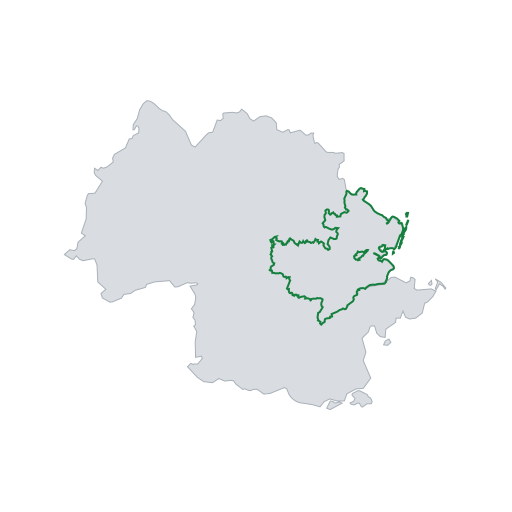 where Niedersachsen sits in Germany, rotated 117°
{"feature_id": "DEU-1576", "entity_name": "Niedersachsen", "entity_type": "State", "adm_level": 1, "iso_a3": "DEU", "parent_name": "Germany", "parent_adm1": "", "projection": "albers", "projection_center": [9.302, 52.591], "detail": "fine", "context": "in_parent", "style": "outline", "palette": "green", "viewbox_px": 512, "rotation_deg": 117, "n_neighbors": 0, "source": "natural_earth", "source_scale": "10m", "svg_char_len": 9789}
<svg xmlns="http://www.w3.org/2000/svg" viewBox="0 0 512 512"><g transform="rotate(117 256 256)"><path d="M229.8,428.3L218.9,421.4L209.3,422.1L207.7,419.8L204.4,420.0L199.5,416.4L195.1,418.4L194.0,420.4L194.3,421.6L198.8,421.8L199.4,422.9L194.8,425.0L187.4,424.2L178.7,426.0L171.4,425.6L167.2,423.8L166.1,420.6L166.5,415.9L168.4,409.7L169.0,405.2L168.3,402.2L169.4,397.9L172.4,392.1L176.9,375.4L186.6,363.8L186.5,359.7L170.3,355.2L167.6,354.0L165.4,350.8L152.5,352.3L151.5,349.1L148.2,347.7L144.5,350.1L143.3,349.7L138.6,342.1L137.5,338.5L135.2,336.1L131.7,335.5L133.1,328.6L136.5,323.6L136.8,319.4L129.9,315.6L126.5,310.6L125.8,304.9L128.1,298.5L134.0,294.8L133.6,288.4L128.8,284.8L128.6,283.7L130.7,281.4L123.8,273.8L125.7,266.6L124.6,264.4L121.3,262.6L120.3,260.4L122.8,260.0L128.7,255.2L128.9,254.4L127.3,253.6L127.2,251.6L131.3,241.0L131.2,239.2L128.5,233.9L128.5,232.0L124.7,226.0L124.7,224.1L131.3,220.7L136.7,223.5L138.8,222.0L141.5,222.3L148.1,219.9L150.0,216.7L147.5,214.0L147.9,211.9L155.4,206.2L156.7,203.4L157.3,198.0L156.4,196.1L155.5,194.9L149.2,193.8L147.7,190.6L148.4,186.5L149.5,185.7L157.1,186.0L160.4,174.1L162.3,170.4L163.3,155.5L159.3,151.0L161.1,142.5L164.0,137.9L166.3,136.7L175.9,136.2L186.5,136.8L190.9,143.8L189.1,147.3L191.7,149.1L193.0,148.5L194.7,141.9L195.6,140.9L200.0,145.3L200.0,151.0L201.3,143.3L200.4,137.9L201.1,132.7L203.7,128.3L211.5,130.2L220.0,129.3L223.3,131.3L230.7,141.3L236.3,143.5L232.0,141.3L223.0,129.1L213.7,125.9L211.7,122.4L211.8,110.1L208.3,107.6L204.6,108.4L204.1,105.6L204.7,103.6L213.1,100.3L213.3,97.0L205.8,85.0L205.6,79.7L211.9,80.0L219.6,82.5L221.4,84.3L231.3,82.0L238.8,85.5L242.4,90.5L242.7,94.9L238.3,100.1L245.8,99.2L247.8,103.0L251.8,101.5L262.2,107.1L269.9,104.0L271.4,108.6L270.0,113.3L264.6,118.5L265.9,121.5L267.6,122.2L272.8,121.4L281.1,124.2L291.8,114.4L300.5,113.0L312.7,98.3L325.3,100.4L328.8,106.3L337.5,112.5L345.1,111.5L348.2,117.6L349.9,125.4L354.6,129.1L361.3,130.5L362.9,138.6L367.1,151.2L367.3,155.2L366.4,159.7L364.5,163.6L360.4,168.3L360.3,170.9L372.1,181.1L375.5,186.4L374.2,194.5L376.3,198.2L378.2,199.4L379.1,201.3L379.4,205.9L380.9,207.2L379.3,215.7L377.4,219.3L378.3,222.1L381.6,227.0L382.1,233.5L388.6,237.2L391.7,245.6L390.7,253.2L385.8,266.7L381.2,265.3L381.2,262.5L380.4,262.3L378.7,258.9L371.8,257.3L370.0,259.1L373.7,263.8L360.1,271.2L350.1,274.5L346.8,279.6L344.9,278.7L340.9,281.1L339.4,284.3L334.5,285.5L332.4,289.6L327.0,288.7L320.6,290.7L317.8,292.9L312.8,301.1L308.3,295.2L307.2,295.2L307.0,297.2L309.8,301.5L310.9,305.1L318.8,311.5L320.5,314.3L317.2,321.8L325.1,334.6L331.0,340.6L334.2,340.3L341.5,348.1L346.3,350.7L350.1,356.2L354.7,356.8L362.0,363.1L363.5,365.3L363.1,373.8L359.9,377.1L353.8,374.7L350.9,385.2L336.3,393.5L332.1,398.2L332.2,399.7L338.8,408.1L339.0,412.0L337.4,416.2L341.8,417.0L342.5,419.0L341.7,427.4L335.0,424.8L333.6,420.2L330.8,419.0L324.4,420.8L315.5,417.3L314.9,422.0L300.0,424.2L289.7,429.1L286.8,432.1L278.6,433.8L276.6,433.6L273.1,428.0L259.1,426.8L257.0,435.5L255.2,438.0L251.1,439.7L251.6,435.7L247.3,434.4L247.0,431.7L244.2,429.1L237.0,425.9L233.9,428.2L229.8,428.3ZM344.0,100.7L344.9,103.8L344.3,105.5L341.0,103.0L337.9,103.2L336.3,107.4L334.9,107.7L329.9,104.2L329.0,102.4L329.0,93.9L330.4,92.0L330.5,89.4L333.0,86.4L335.3,86.2L337.4,90.1L342.1,92.4L342.5,93.5L340.3,97.0L341.0,98.8L344.0,100.7ZM359.2,120.2L359.5,123.9L351.5,124.0L350.7,121.3L351.0,118.5L348.2,115.7L348.0,112.5L359.2,120.2ZM196.7,82.2L195.0,86.0L195.4,79.4L198.4,72.3L199.7,72.5L198.0,75.7L197.6,79.8L204.4,80.2L203.6,81.5L196.7,82.2ZM277.2,102.0L273.0,102.2L269.7,99.9L271.7,96.6L275.8,98.1L277.2,102.0ZM203.2,88.7L202.1,89.8L198.1,88.6L201.1,86.4L202.8,87.0L203.2,88.7Z" fill="#d9dde1" stroke="#a8b0b8" stroke-width="1"/><path d="M159.1,176.3L161.8,172.0L162.4,170.4L162.8,167.3L162.7,163.9L162.3,162.3L163.1,160.1L163.1,157.3L164.3,156.0L164.4,155.4L164.2,154.9L164.9,153.8L166.0,153.6L168.1,154.7L167.4,153.7L166.3,153.2L159.9,152.8L158.9,152.3L158.5,150.9L158.6,147.4L159.5,144.5L159.7,144.1L161.4,144.4L162.0,143.4L161.8,142.5L160.6,141.7L160.6,141.0L161.0,140.5L164.6,137.4L166.8,136.6L171.1,136.2L171.7,136.8L172.4,137.0L185.0,135.3L187.2,135.9L187.0,137.6L187.7,139.3L188.9,140.9L189.8,141.5L189.5,142.4L190.6,142.8L190.9,143.3L190.5,144.6L189.4,145.3L187.8,145.7L188.5,147.9L188.9,148.3L189.6,148.0L190.4,148.2L191.8,150.1L192.7,150.3L193.4,150.0L194.3,148.7L195.0,147.1L195.1,145.5L194.3,144.5L192.6,144.7L193.2,141.6L193.8,140.6L195.5,140.3L196.0,140.6L197.1,142.3L201.7,143.9L201.7,144.3L200.4,145.6L199.9,146.6L199.7,150.6L199.9,151.8L200.2,152.7L200.1,147.2L200.5,146.1L201.8,145.0L202.2,145.9L203.1,146.4L204.1,145.2L204.2,144.5L203.6,141.9L203.9,141.1L202.0,141.0L200.6,140.4L199.9,138.1L199.9,136.5L202.4,129.1L203.4,128.0L204.6,127.5L205.5,127.7L207.2,129.3L208.2,129.9L210.4,130.4L214.8,130.0L215.3,129.4L217.5,128.8L219.7,128.9L220.2,128.5L222.0,128.8L222.8,129.8L225.5,134.6L227.8,137.1L228.2,138.5L230.2,141.4L233.8,143.4L235.7,143.8L235.8,145.7L237.2,148.1L238.4,149.2L239.4,148.5L239.7,148.8L239.9,150.0L240.8,149.7L241.7,150.1L243.2,149.4L243.3,148.8L244.7,148.3L246.7,150.0L247.7,150.5L249.2,150.3L249.9,149.4L250.4,149.1L252.3,149.1L258.5,152.2L259.4,151.8L262.4,151.9L263.1,152.7L263.3,154.7L264.3,155.1L266.2,157.0L268.8,158.4L273.4,162.3L275.3,160.8L276.4,162.4L277.2,161.8L278.1,162.5L279.2,164.3L280.7,165.8L281.9,165.7L283.4,164.9L284.0,165.1L284.9,165.9L287.5,166.7L287.0,168.3L285.4,168.7L285.2,170.2L285.3,171.5L284.5,171.6L282.8,173.3L278.4,174.8L277.2,173.8L271.5,173.3L271.1,173.6L270.9,174.7L269.5,175.9L267.9,176.5L265.4,176.6L264.3,177.1L264.3,179.4L265.4,181.2L265.6,182.4L266.7,183.0L268.1,185.7L269.4,187.4L270.2,187.0L270.8,187.3L270.0,188.6L270.0,189.9L270.2,190.7L271.6,192.9L270.2,193.1L269.9,194.6L272.0,197.4L273.8,198.8L273.6,199.7L271.7,200.3L271.9,200.9L272.4,201.2L272.8,201.9L272.2,202.8L273.1,204.0L273.6,204.0L273.7,204.9L274.1,204.5L274.3,205.5L274.2,205.9L273.0,206.4L272.5,207.2L272.7,208.0L273.5,208.4L273.7,209.2L273.4,209.8L272.4,210.8L270.5,211.7L271.2,212.5L271.0,213.6L262.2,214.5L262.0,215.2L261.1,216.2L259.6,216.4L260.2,217.8L261.9,218.7L261.1,219.3L260.9,220.2L261.6,220.8L261.8,222.2L260.1,223.9L260.0,225.9L260.3,227.2L261.3,228.1L262.0,229.8L262.6,230.5L262.8,232.2L263.7,233.8L261.8,235.2L261.7,235.5L262.5,236.6L262.3,237.3L261.4,236.8L259.6,237.7L258.4,237.7L255.9,236.1L254.2,236.4L254.3,237.3L253.8,238.7L252.3,239.9L251.8,240.9L250.3,241.8L248.9,241.5L248.4,242.9L247.6,243.3L247.7,243.7L245.8,243.8L245.3,244.3L244.5,243.7L241.8,246.1L240.5,245.1L240.5,244.5L240.3,244.4L239.3,244.9L239.7,246.2L239.2,246.6L238.4,245.4L237.3,244.9L237.5,245.5L237.2,245.8L234.9,247.1L235.0,247.7L236.0,248.6L236.7,248.1L237.0,248.2L236.5,249.4L235.2,250.5L233.6,249.1L230.6,248.1L229.6,246.9L230.7,247.2L230.4,246.2L230.9,245.5L232.6,245.2L232.6,243.1L232.4,242.6L232.6,242.0L232.0,241.4L231.3,239.8L231.9,239.5L232.1,238.1L232.8,238.3L232.5,237.5L232.6,237.2L233.6,237.8L234.0,237.2L233.4,236.6L233.1,235.5L232.4,235.1L232.1,234.4L231.0,234.7L230.0,234.0L229.4,234.5L228.5,234.5L228.0,233.3L227.6,233.3L227.0,233.8L226.8,233.6L225.4,234.0L224.8,233.7L224.9,232.8L225.3,232.2L225.3,229.6L225.8,228.7L226.6,228.0L227.1,226.6L227.1,225.5L227.4,225.0L226.8,224.5L227.4,223.4L223.3,223.8L223.8,222.0L223.4,221.0L222.7,220.6L221.4,220.7L221.9,220.0L222.3,218.3L221.0,217.8L220.3,218.4L218.9,217.7L219.7,216.2L219.1,214.3L219.5,213.3L219.1,212.5L218.1,211.9L218.1,210.9L215.8,210.5L213.9,210.7L214.2,209.6L213.6,208.1L215.3,207.8L215.1,206.7L216.1,205.7L213.6,204.7L213.5,204.3L213.9,201.7L214.2,201.0L215.4,200.9L216.1,200.5L217.7,197.7L217.2,195.7L217.8,195.0L217.8,194.5L216.4,193.5L214.8,194.3L214.0,195.1L212.9,197.6L209.0,198.6L205.7,198.1L205.5,194.2L204.7,192.8L203.8,192.1L201.6,192.9L199.6,192.9L198.6,193.7L198.1,195.4L197.4,195.8L195.8,196.0L193.9,195.5L194.8,198.0L196.7,198.9L197.9,200.1L198.4,202.5L198.4,206.7L198.5,207.2L199.4,207.9L199.2,208.5L198.8,209.2L197.3,210.2L196.6,211.5L192.7,210.5L190.2,212.8L188.1,213.6L187.1,213.2L186.0,213.3L184.0,214.8L182.3,214.0L181.8,212.4L182.7,211.4L184.7,210.8L185.5,208.6L184.7,208.1L183.5,208.1L183.1,207.4L182.1,206.9L182.9,205.7L182.6,204.8L183.5,203.7L183.1,202.3L184.3,201.8L182.4,198.8L180.0,199.4L176.8,197.2L176.4,195.1L176.0,194.6L173.8,194.0L173.2,195.8L173.7,196.8L173.4,197.0L172.5,198.8L171.1,198.9L168.3,201.5L166.8,202.0L164.8,203.4L159.7,203.6L157.6,204.7L156.9,204.7L156.5,203.4L156.5,202.5L157.4,200.4L157.7,198.7L157.3,197.5L155.7,194.6L155.0,195.2L153.5,195.4L149.0,194.3L147.7,193.2L147.5,190.8L147.1,190.0L149.2,189.2L148.1,188.1L148.4,186.9L148.1,186.4L150.1,185.4L152.9,185.5L154.4,186.0L155.8,185.8L157.2,186.4L157.8,185.4L158.5,178.6L159.1,176.3ZM201.9,159.6L200.9,159.0L199.9,159.0L200.4,160.2L202.2,161.1L203.3,161.3L203.7,162.1L203.9,163.5L205.7,165.7L205.8,167.3L207.7,167.1L209.7,168.1L210.3,167.9L210.3,167.4L211.7,168.5L213.4,167.2L213.6,165.9L213.9,165.3L213.0,163.9L213.5,163.2L212.4,162.0L211.4,163.2L209.2,161.7L207.9,161.6L207.1,161.1L207.0,160.6L205.4,160.8L202.6,159.5L201.9,159.6ZM162.0,135.3L163.4,134.6L164.9,134.4L168.0,134.8L166.6,135.3L163.2,135.7L162.0,135.3ZM152.5,139.9L150.4,140.5L151.3,141.9L150.4,141.2L149.6,141.4L149.1,141.2L148.6,140.1L152.2,139.2L152.5,139.9ZM171.7,133.3L175.4,133.1L175.9,133.7L173.7,133.7L172.7,133.9L172.6,134.7L171.6,134.5L171.7,133.3ZM176.9,133.2L177.6,132.3L178.8,132.1L181.1,132.3L181.1,132.6L179.3,133.3L178.5,133.3L177.8,132.9L177.3,133.4L176.9,133.2ZM154.7,136.8L155.8,136.3L159.6,135.9L160.7,136.3L154.7,136.8ZM189.7,135.7L190.0,134.8L190.6,134.5L191.8,135.1L190.5,135.7L189.7,135.7ZM182.8,132.6L182.3,132.2L182.4,131.9L183.5,131.7L185.1,132.4L182.9,132.1L182.8,132.6ZM168.6,134.6L169.6,134.2L170.5,134.6L170.1,135.0L168.6,134.6Z" fill="none" stroke="#15803d" stroke-width="2"/></g></svg>